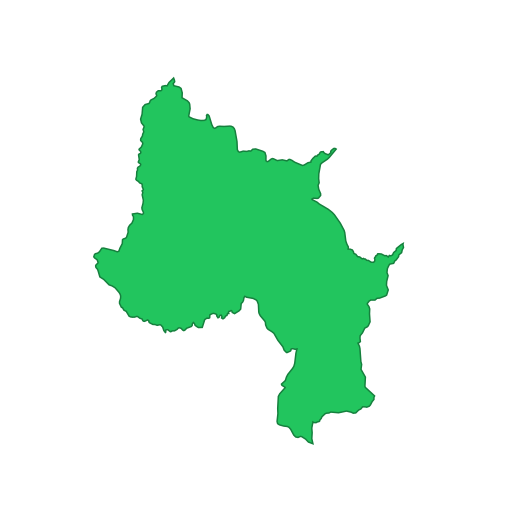 outline of Monapo, Nampula, Mozambique, rotated 315°
{"feature_id": "85939544B30642509050116", "entity_name": "Monapo", "entity_type": "district", "adm_level": 2, "iso_a3": "MOZ", "parent_name": "Mozambique", "parent_adm1": "Nampula", "projection": "natural_earth1", "projection_center": [40.158, -14.808], "detail": "fine", "context": "isolated", "style": "filled", "palette": "green", "viewbox_px": 512, "rotation_deg": 315, "n_neighbors": 0, "source": "geoboundaries", "source_scale": "gbopen_adm2", "svg_char_len": 6124}
<svg xmlns="http://www.w3.org/2000/svg" viewBox="0 0 512 512"><g transform="rotate(315 256 256)"><path d="M163.5,429.0L166.3,424.6L170.7,420.7L173.8,417.1L178.9,413.6L179.1,414.7L180.6,416.3L182.3,416.8L183.4,417.6L184.3,417.7L185.2,417.1L187.2,417.0L188.9,416.3L193.1,416.4L194.6,416.9L196.6,418.6L198.5,419.2L203.5,425.2L210.3,429.6L212.9,433.8L213.6,435.9L215.6,437.5L219.6,437.5L222.0,438.3L224.7,438.0L226.4,439.7L227.4,441.2L229.9,442.3L231.6,442.2L235.2,441.1L238.0,440.8L239.3,439.4L240.9,438.8L240.4,426.3L240.8,425.2L247.7,419.0L250.1,410.4L254.0,407.4L255.5,404.8L264.0,395.0L265.3,393.0L266.5,389.7L267.9,390.3L269.3,390.3L271.5,387.5L273.3,386.0L277.0,385.6L281.9,383.9L284.7,384.8L286.1,384.7L290.1,383.2L295.4,377.1L299.0,373.8L300.1,371.6L300.6,368.8L301.1,368.3L304.1,367.9L306.0,368.3L309.0,371.3L311.7,371.5L313.7,373.2L319.2,375.7L320.7,376.0L325.5,373.5L327.5,369.0L330.4,366.4L335.5,363.3L336.9,360.3L340.0,357.8L343.6,356.5L345.0,356.4L348.1,358.5L350.8,357.6L352.2,357.9L356.3,357.3L357.8,356.2L361.3,356.6L363.8,355.0L366.3,354.3L368.1,351.7L368.9,351.2L366.7,350.6L360.9,350.0L360.3,350.1L359.1,351.2L355.8,350.9L353.2,351.8L351.4,351.2L350.7,349.9L348.8,350.2L348.5,347.9L347.2,346.8L346.1,343.3L344.4,341.2L343.5,340.5L342.2,341.0L340.8,340.6L339.7,341.2L339.3,341.0L338.2,341.3L337.7,342.4L336.4,343.5L334.7,343.6L333.0,341.8L332.4,338.7L331.2,337.3L331.2,335.5L330.6,335.0L330.3,333.7L329.3,333.3L329.0,332.8L328.7,330.1L327.4,328.3L327.8,325.4L327.0,323.4L327.9,321.9L328.4,319.9L327.4,317.7L326.0,316.3L327.7,314.9L328.6,312.0L330.1,308.9L335.3,302.2L336.4,300.2L338.8,292.4L340.6,282.3L340.7,279.2L340.1,274.0L337.5,264.0L337.3,261.3L335.6,255.9L335.7,255.3L337.5,255.7L340.0,258.6L341.1,259.2L344.5,258.9L345.7,257.7L347.6,253.1L349.9,249.9L352.4,248.9L355.0,245.6L358.5,242.3L366.4,236.8L368.6,236.8L374.8,238.0L377.5,238.1L388.3,237.1L388.2,236.4L387.8,235.6L386.9,234.9L383.9,234.6L382.9,234.8L382.1,235.7L381.5,235.8L378.7,235.6L377.3,232.5L377.1,230.9L377.4,229.8L375.6,228.3L374.6,228.1L372.8,228.7L370.8,228.2L369.6,228.5L368.6,227.3L365.3,227.2L362.3,227.6L361.2,228.4L358.7,226.8L354.3,225.7L352.9,224.9L349.7,217.1L349.0,213.7L348.2,211.6L347.5,211.0L345.1,210.6L342.6,206.6L338.5,203.6L337.1,199.6L336.4,198.6L334.9,198.1L331.7,197.8L330.6,197.2L330.4,195.6L333.8,192.3L335.5,189.1L334.9,186.8L331.5,180.1L329.2,178.2L326.5,178.1L325.3,176.6L323.5,175.6L321.1,172.8L317.7,171.0L317.4,169.5L318.0,167.6L323.5,161.6L329.8,152.6L330.7,150.6L330.9,148.7L330.3,146.9L329.4,145.7L325.0,141.8L321.9,138.4L320.3,137.3L317.8,136.9L317.0,136.4L316.8,135.8L316.6,134.9L317.6,131.9L321.9,123.8L322.0,122.0L321.6,121.4L320.4,121.6L319.4,122.9L317.1,124.2L315.3,123.5L312.9,121.3L311.0,118.7L308.5,114.4L307.1,110.4L307.3,109.5L313.5,105.3L316.5,101.7L317.1,100.3L317.2,97.8L315.6,91.8L319.2,88.5L321.5,84.5L321.1,82.1L318.3,77.5L319.3,75.6L321.7,75.3L322.7,73.9L323.6,71.9L317.2,71.8L313.4,72.8L312.4,71.4L309.7,69.7L308.5,70.0L307.4,71.7L306.4,72.0L305.6,71.9L303.7,70.0L301.4,69.8L300.0,70.6L299.3,72.3L298.4,72.6L295.4,72.5L292.1,71.4L291.1,71.4L288.9,72.4L288.0,72.4L284.7,70.5L281.0,70.7L275.7,75.2L271.2,77.6L269.2,80.8L268.7,84.8L268.2,85.6L265.7,86.6L264.4,88.9L262.1,89.7L260.4,90.9L257.6,91.5L256.5,92.3L256.1,92.9L256.1,95.3L255.3,96.6L251.9,97.9L248.9,97.8L248.4,98.2L248.4,100.4L247.6,101.5L246.7,101.7L245.5,101.2L244.5,101.4L241.6,105.3L239.2,106.3L239.0,107.0L239.5,109.0L239.0,110.0L237.3,110.3L235.5,109.8L234.2,110.1L233.0,111.5L231.3,112.1L227.8,115.3L225.4,116.7L225.1,117.9L225.6,120.2L225.4,122.0L226.3,124.2L225.9,125.2L224.5,126.6L223.5,129.2L223.0,129.5L221.5,129.4L220.9,131.1L218.8,132.2L215.8,136.9L213.5,138.8L209.4,141.2L208.3,142.7L207.3,145.5L206.5,146.3L205.1,146.3L204.7,145.9L202.4,141.9L198.3,138.9L197.5,139.9L197.2,141.5L195.1,143.6L191.5,145.0L188.6,144.9L186.0,145.5L184.1,146.8L182.4,148.8L177.7,151.2L176.4,151.2L174.1,150.1L173.1,150.1L170.2,152.7L165.2,154.3L162.5,155.6L160.9,155.0L159.3,151.6L153.9,142.7L152.5,141.5L148.3,142.3L146.0,142.0L144.2,140.9L143.0,140.7L140.7,141.9L140.5,143.2L141.0,146.3L139.9,148.7L139.3,149.2L136.5,149.2L135.6,149.6L134.7,151.0L134.6,153.0L134.1,154.4L130.8,160.4L131.8,164.9L131.7,172.5L133.1,175.4L133.9,178.9L133.4,185.1L132.8,187.2L132.0,188.6L130.4,190.1L127.2,191.8L126.0,193.0L124.5,197.2L125.1,198.0L124.3,200.9L125.1,203.4L123.7,208.9L124.4,210.6L125.5,212.0L127.0,213.4L129.0,214.4L129.5,215.2L129.9,218.0L130.9,220.0L130.3,221.5L130.3,222.4L131.0,223.4L134.2,224.6L134.3,226.2L133.7,226.8L133.5,227.8L134.7,231.5L136.2,233.1L137.1,235.1L139.4,236.6L139.9,237.3L139.8,240.2L138.1,243.6L137.8,246.0L138.4,246.0L139.6,244.7L140.2,244.6L141.5,245.7L141.9,248.9L142.2,249.3L143.9,249.8L145.5,251.3L148.3,252.1L150.0,252.0L150.9,252.4L151.9,254.1L151.8,256.5L152.1,257.6L153.0,258.1L156.0,258.1L160.4,260.1L161.7,260.0L163.1,258.9L164.7,258.7L164.7,260.2L163.9,262.0L164.4,264.9L164.8,266.0L167.5,268.5L174.8,264.7L177.2,265.2L178.7,266.7L179.6,266.9L181.7,265.0L183.8,265.6L185.3,266.4L186.6,268.5L186.6,270.1L185.9,270.5L185.4,272.8L186.4,273.2L188.7,272.5L189.6,273.3L189.0,274.9L187.8,275.4L188.2,277.1L190.2,277.5L192.0,276.9L193.4,277.5L195.0,276.6L196.1,277.4L196.5,276.4L197.7,276.0L198.3,276.6L199.8,276.9L200.0,277.3L200.0,277.9L199.3,279.1L200.1,281.6L205.2,282.8L207.6,282.7L212.0,279.1L213.7,279.2L215.6,278.6L218.1,276.9L219.6,276.6L220.2,278.5L224.0,284.0L225.0,287.0L225.0,288.6L223.5,291.9L218.4,297.5L217.6,298.8L216.8,301.2L216.2,308.2L215.7,309.6L214.1,311.5L212.8,314.6L212.7,316.4L213.7,320.6L214.0,323.3L211.9,331.0L210.8,339.2L209.3,342.6L209.3,345.8L209.8,346.3L213.1,347.5L213.7,347.5L214.8,346.7L215.7,346.9L216.6,347.7L217.8,349.8L219.2,350.7L215.6,352.9L207.6,359.2L204.7,360.8L202.0,361.4L194.9,362.2L192.0,363.1L188.7,364.8L183.4,364.6L182.9,365.8L183.7,369.4L183.6,369.7L175.4,370.2L172.5,371.1L163.5,379.2L160.1,382.9L154.0,387.8L152.9,389.5L152.8,390.5L153.3,392.2L155.4,395.9L157.6,398.7L158.2,400.4L158.0,403.0L156.1,409.3L156.1,412.0L157.4,414.0L159.9,415.0L160.6,416.1L161.6,420.6L161.5,424.6L163.5,429.0Z" fill="#22c55e" stroke="#15803d" stroke-width="1.5"/></g></svg>